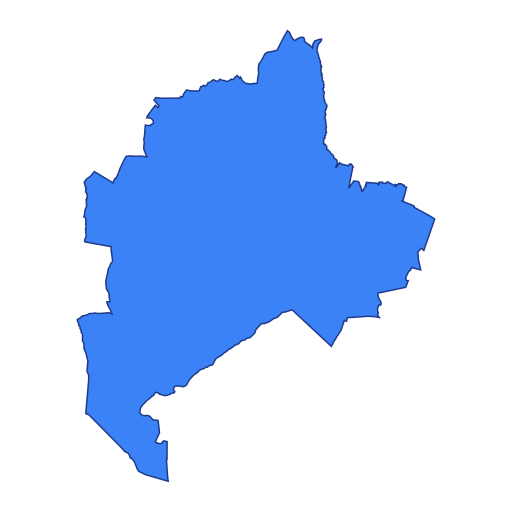 Huamantla, Tlaxcala, Mexico (Robinson projection)
{"feature_id": "50627088B18788314814014", "entity_name": "Huamantla", "entity_type": "district", "adm_level": 2, "iso_a3": "MEX", "parent_name": "Mexico", "parent_adm1": "Tlaxcala", "projection": "robinson", "projection_center": [-97.937, 19.323], "detail": "fine", "context": "isolated", "style": "filled", "palette": "blue", "viewbox_px": 512, "rotation_deg": 0, "n_neighbors": 0, "source": "geoboundaries", "source_scale": "gbopen_adm2", "svg_char_len": 5950}
<svg xmlns="http://www.w3.org/2000/svg" viewBox="0 0 512 512"><path d="M379.3,317.5L377.5,314.9L377.6,314.0L378.4,313.2L377.5,310.8L377.5,308.9L378.8,304.9L380.1,305.3L381.2,304.1L381.0,302.7L379.8,299.8L378.8,298.6L377.9,294.6L378.0,293.1L405.7,287.3L408.2,280.7L406.5,280.7L405.6,278.0L408.7,271.2L410.2,270.5L411.7,267.6L420.7,269.9L418.4,259.4L417.9,251.9L421.3,248.3L423.8,250.5L434.7,219.0L431.2,216.7L414.4,207.5L414.1,206.0L401.9,201.0L401.8,200.8L403.1,200.4L406.6,187.3L404.0,186.2L404.2,185.3L401.8,184.4L401.6,183.9L399.0,183.6L398.4,183.7L398.1,184.8L397.8,184.9L395.2,184.6L395.9,186.4L387.6,181.8L386.6,182.3L386.2,183.3L382.5,183.2L382.5,182.2L379.1,182.2L378.7,184.8L378.2,184.8L378.0,184.5L378.5,183.4L366.4,182.4L366.4,183.2L365.8,184.1L366.3,184.7L365.2,185.7L365.8,186.4L365.1,186.8L364.9,187.7L364.2,188.1L363.0,190.8L361.9,191.3L361.8,189.7L361.1,189.0L361.3,188.2L360.9,187.6L360.8,186.5L360.2,185.8L359.1,182.6L358.3,181.5L353.5,181.0L353.4,181.9L351.0,184.7L350.1,186.6L348.8,187.3L352.8,167.2L353.2,167.0L351.3,164.1L350.4,164.0L349.2,164.3L348.6,165.8L342.1,164.3L339.5,162.7L338.9,163.7L338.7,163.6L338.3,164.8L336.4,167.4L335.6,166.9L337.1,164.0L337.1,160.9L336.2,159.5L333.8,157.9L333.5,155.9L332.6,154.7L330.7,153.2L329.5,151.4L327.7,149.7L326.6,149.4L326.8,146.9L325.8,145.1L324.9,144.2L324.1,144.7L323.5,142.5L323.7,139.7L324.8,138.4L324.3,137.8L325.0,137.2L324.7,136.1L325.7,135.3L325.4,134.1L325.8,133.7L325.8,132.7L326.5,132.5L325.9,129.4L326.4,127.3L326.2,126.8L326.4,126.1L325.8,124.9L326.1,123.1L325.4,121.1L325.7,120.2L325.0,118.9L325.1,117.0L324.6,116.2L324.7,115.8L325.7,115.2L325.7,113.7L325.1,112.9L325.4,110.2L325.6,109.4L326.2,109.2L326.0,108.5L326.8,107.2L326.9,105.5L326.1,104.0L324.9,102.5L324.6,100.0L324.1,99.7L323.7,95.3L324.4,92.1L323.4,90.8L323.0,88.4L323.9,87.6L323.6,87.1L323.8,85.2L324.1,84.8L323.6,84.0L323.4,81.8L322.1,79.8L322.5,78.3L322.1,77.7L321.9,75.8L321.5,75.5L322.1,74.9L321.5,74.3L321.8,74.2L321.8,73.3L321.0,72.1L320.9,69.8L321.2,69.0L320.9,68.4L321.3,67.0L321.0,66.8L321.6,66.5L321.0,66.0L321.2,65.7L320.5,64.2L320.5,62.6L320.0,62.2L320.4,61.7L318.4,55.9L318.5,55.3L317.2,51.4L317.0,49.3L318.1,44.9L318.8,43.7L321.3,40.8L321.6,39.1L319.7,39.3L315.0,40.8L313.6,42.7L312.8,44.9L312.5,47.9L310.2,45.5L306.0,42.7L304.3,40.5L304.4,39.4L303.7,37.6L302.1,37.2L300.2,37.5L296.4,39.3L295.1,40.6L293.6,39.7L291.5,36.9L289.5,32.4L287.5,30.7L283.5,37.5L277.1,50.3L270.5,51.8L267.7,52.1L265.1,53.6L261.0,61.3L258.9,64.1L258.3,69.0L258.6,73.6L257.7,78.3L257.2,83.4L253.2,83.5L251.1,84.0L246.2,83.5L243.4,81.8L241.8,79.8L241.0,77.8L240.3,77.0L239.6,78.3L237.2,75.5L234.6,77.6L233.7,79.2L232.2,79.7L231.5,79.6L231.5,79.2L231.0,79.3L228.4,81.1L227.6,81.3L226.4,81.4L224.2,80.5L222.6,80.5L219.9,79.2L218.2,80.9L217.1,81.4L213.6,79.8L212.5,80.2L209.8,82.4L208.2,82.6L206.9,84.9L205.7,85.9L205.0,86.0L203.8,85.3L201.7,86.7L200.9,86.5L199.0,91.0L191.3,90.9L186.4,90.0L183.3,94.6L182.8,96.9L180.6,96.5L179.8,98.1L161.0,98.2L155.8,97.6L154.0,100.1L159.0,106.0L158.0,107.6L155.3,105.3L151.1,110.7L150.8,111.6L149.2,113.3L148.5,114.5L148.7,115.3L148.0,115.2L147.6,115.5L146.7,117.8L150.5,118.1L152.2,119.3L153.3,120.8L153.2,122.0L153.5,123.3L149.2,125.7L145.3,125.1L144.4,137.1L143.8,138.5L144.2,143.2L143.7,147.8L144.1,150.2L145.0,151.4L145.4,153.6L147.0,156.8L140.7,156.1L135.3,156.3L130.1,155.9L126.2,156.3L124.2,159.7L120.0,168.6L117.6,175.3L116.8,176.3L116.5,177.7L114.6,178.7L114.4,179.9L113.7,180.8L113.1,182.9L94.3,171.6L90.8,175.9L86.0,179.5L85.5,180.6L84.4,181.7L84.3,183.2L84.9,183.5L84.9,185.1L85.6,187.2L86.3,187.8L85.8,188.5L85.6,192.0L86.7,192.6L86.6,194.1L87.4,195.4L87.0,196.9L87.2,198.3L86.8,198.5L86.7,199.1L86.0,199.6L86.5,201.5L86.3,202.7L86.7,206.1L85.1,210.0L84.3,215.7L83.8,216.5L84.0,217.0L85.6,217.5L85.9,222.6L85.6,224.7L86.3,225.8L86.0,227.7L85.4,228.9L85.8,230.0L85.6,231.9L86.2,234.6L85.9,236.9L84.6,240.1L84.6,241.5L85.3,242.0L111.3,246.7L111.1,249.6L112.6,260.6L112.1,262.1L110.5,264.1L109.7,266.5L108.8,267.7L108.3,269.0L107.6,273.1L106.2,279.0L105.8,282.5L106.4,288.8L108.5,292.2L109.2,293.9L109.0,295.5L109.9,301.8L106.9,301.7L106.9,302.2L107.9,305.4L110.9,310.9L111.9,313.9L108.9,312.7L101.0,313.4L97.2,313.4L94.8,313.0L92.1,313.5L89.8,313.5L86.7,315.0L82.5,316.0L79.3,318.5L77.3,319.6L77.4,321.1L78.7,323.4L78.8,325.7L80.0,326.7L80.1,328.7L81.3,330.4L81.0,331.4L81.3,332.5L82.3,333.6L82.6,337.1L82.4,340.5L84.0,343.7L83.9,348.4L86.2,353.6L86.2,354.5L87.9,360.9L87.0,371.0L87.5,372.7L88.7,375.0L88.6,380.8L85.8,413.6L89.0,414.9L122.5,448.8L124.7,451.5L128.0,453.1L129.8,455.8L130.0,457.6L132.3,459.0L134.6,462.1L137.3,469.2L138.7,471.3L145.7,474.7L168.2,481.3L167.6,476.6L166.4,459.3L167.0,459.4L167.1,441.6L163.9,440.8L162.7,441.7L162.3,442.7L160.5,443.7L157.6,443.3L157.5,442.9L156.3,442.8L155.3,442.0L159.5,432.6L158.1,420.4L152.9,419.8L150.3,416.8L149.1,415.9L147.2,415.5L143.5,415.7L141.2,414.5L139.9,412.8L140.1,410.1L140.6,407.9L142.4,405.2L147.0,400.4L150.8,397.6L151.3,396.4L153.0,395.9L154.1,394.5L154.6,393.4L155.8,392.3L159.0,393.1L159.4,394.1L165.3,395.7L169.7,394.5L171.8,393.0L173.5,393.1L174.4,392.6L174.8,391.6L173.5,389.9L173.5,388.5L174.7,386.5L175.5,386.0L180.2,386.1L182.4,386.8L185.1,386.1L186.7,384.6L189.4,379.7L193.9,374.8L196.5,373.2L196.9,372.5L197.8,372.3L199.3,370.4L201.9,369.0L203.9,368.7L206.4,366.8L207.4,367.2L208.5,366.1L211.0,365.1L212.6,364.9L215.6,359.0L218.9,356.6L221.1,355.6L223.9,353.0L226.6,351.4L228.4,349.4L230.6,348.6L232.7,346.9L233.3,346.7L234.7,345.2L235.8,345.0L237.2,344.1L238.4,344.0L241.2,340.8L244.8,339.9L247.0,338.2L250.0,337.7L254.6,333.3L255.1,332.2L255.3,330.7L256.7,328.6L260.9,324.2L262.3,323.5L264.0,323.7L268.9,321.9L273.5,318.7L277.2,317.4L282.3,312.4L285.6,311.9L292.1,309.8L331.4,346.4L333.9,341.5L336.3,337.7L336.8,336.4L337.5,335.7L341.0,330.3L344.2,320.8L344.3,321.0L344.7,320.8L346.6,321.2L347.3,317.7L368.0,316.3L374.5,316.6L379.3,317.5Z" fill="#3b82f6" stroke="#1e3a8a" stroke-width="1.5"/></svg>